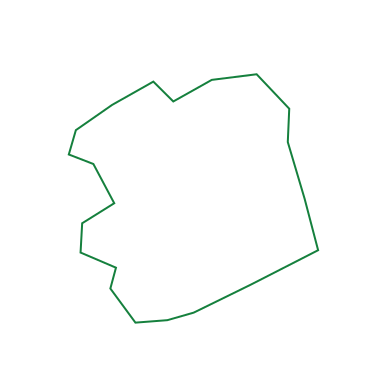 Nyíregyháza, orthographic projection, rotated 238°
{"feature_id": "HUN-4923", "entity_name": "Nyíregyháza", "entity_type": "Urban county", "adm_level": 1, "iso_a3": "HUN", "parent_name": "Hungary", "parent_adm1": "", "projection": "orthographic", "projection_center": [21.77, 47.935], "detail": "fine", "context": "isolated", "style": "outline", "palette": "green", "viewbox_px": 384, "rotation_deg": 238, "n_neighbors": 0, "source": "natural_earth", "source_scale": "10m", "svg_char_len": 420}
<svg xmlns="http://www.w3.org/2000/svg" viewBox="0 0 384 384"><g transform="rotate(238 192 192)"><path d="M199.7,65.4L223.7,82.3L223.7,120.1L268.0,123.2L289.1,107.4L306.0,126.3L308.2,170.4L306.1,217.7L278.7,224.1L276.6,268.2L257.6,309.2L211.1,318.6L183.6,299.7L126.5,283.9L75.8,268.1L82.3,192.5L88.8,129.5L96.4,103.1L111.2,74.8L153.4,71.6L168.1,87.4L199.7,65.4Z" fill="none" stroke="#15803d" stroke-width="2"/></g></svg>